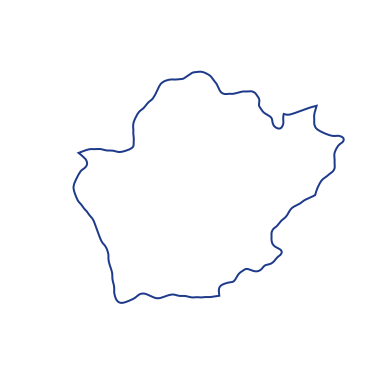 Guayabal, Azua, Dominican Republic, rotated 295°
{"feature_id": "3306468B24687357743066", "entity_name": "Guayabal", "entity_type": "district", "adm_level": 2, "iso_a3": "DOM", "parent_name": "Dominican Republic", "parent_adm1": "Azua", "projection": "mercator", "projection_center": [-70.748, 18.718], "detail": "fine", "context": "isolated", "style": "outline", "palette": "blue", "viewbox_px": 384, "rotation_deg": 295, "n_neighbors": 0, "source": "geoboundaries", "source_scale": "gbopen_adm2", "svg_char_len": 4112}
<svg xmlns="http://www.w3.org/2000/svg" viewBox="0 0 384 384"><g transform="rotate(295 192 192)"><path d="M322.8,268.5L320.0,265.1L317.6,262.4L307.2,252.0L304.2,248.7L303.1,247.3L302.3,245.7L301.9,244.4L301.5,242.2L299.7,242.6L298.0,243.2L293.5,245.5L291.8,246.0L290.1,246.1L288.5,245.9L287.7,245.6L286.9,245.0L286.4,244.3L286.0,243.5L285.8,241.8L286.0,240.1L286.2,239.3L287.0,237.7L288.7,235.9L291.8,233.7L292.3,233.2L292.7,232.6L293.1,231.8L293.5,230.2L294.1,224.8L294.5,223.1L295.2,221.5L297.7,217.3L298.7,216.2L299.4,215.8L303.6,214.3L304.9,213.3L305.8,212.1L307.8,208.7L308.5,207.1L308.6,206.3L308.6,204.5L308.2,202.8L306.2,199.1L304.7,195.8L303.6,194.3L299.9,189.8L298.2,187.5L296.7,184.2L295.1,181.4L294.5,179.8L294.4,178.9L294.4,177.1L295.0,175.4L296.0,173.9L299.6,169.6L300.7,168.0L302.3,164.8L304.3,161.1L304.7,160.3L305.2,158.5L305.4,156.6L305.5,153.8L305.4,151.9L305.0,150.0L304.7,149.1L304.0,147.6L301.0,142.7L299.8,141.6L292.2,137.0L290.9,136.1L290.0,134.8L287.5,130.5L286.7,129.0L285.3,125.7L283.7,123.3L281.8,121.1L280.4,119.9L278.7,118.8L276.9,118.0L274.0,117.6L264.9,117.5L261.0,117.1L260.0,116.9L258.3,116.3L255.3,114.8L253.6,114.2L249.2,113.1L247.5,112.6L243.7,110.7L242.0,110.1L239.3,109.6L234.5,109.4L230.7,109.6L228.0,110.3L226.4,111.0L223.5,112.6L220.2,114.1L215.8,116.7L209.9,119.2L208.4,119.5L207.5,119.3L206.0,118.6L203.9,117.0L201.3,114.4L199.4,112.2L197.8,109.8L197.4,109.0L196.9,107.2L196.2,103.6L195.7,101.9L193.9,98.0L193.4,96.4L192.5,91.9L192.0,90.2L189.7,85.6L188.2,82.3L187.2,80.7L185.3,78.4L179.5,72.7L178.7,76.0L177.4,80.0L176.8,81.7L176.3,82.4L175.2,83.7L173.9,84.7L173.1,85.0L172.2,85.2L171.3,85.3L169.6,85.0L168.1,84.4L165.2,82.8L164.4,82.5L162.6,82.1L159.8,81.8L154.9,81.6L150.1,81.7L147.4,82.2L145.6,82.9L143.3,84.5L141.2,86.4L138.6,89.1L136.7,91.3L135.6,92.8L134.8,94.5L133.8,96.9L131.3,101.4L130.0,104.7L127.5,109.2L126.1,112.4L125.1,114.0L124.0,115.4L122.1,117.4L113.4,126.1L110.2,129.5L109.1,130.9L108.1,132.4L107.0,134.9L106.2,136.4L105.2,137.8L104.1,139.2L102.1,141.0L100.1,142.6L98.5,143.4L96.1,144.5L93.8,146.0L91.6,147.8L86.7,152.4L84.5,154.1L79.8,156.5L78.3,157.5L74.2,160.8L72.8,161.7L71.2,162.5L68.7,163.6L66.5,165.0L64.5,166.7L63.3,167.9L62.2,169.3L61.5,170.8L61.3,171.7L61.2,172.6L61.3,173.5L61.5,174.5L62.3,176.1L64.1,178.3L66.8,180.9L69.7,183.4L72.0,185.1L75.2,186.6L76.7,187.4L77.9,188.5L79.0,189.9L79.7,191.5L80.1,193.3L80.2,195.2L80.3,201.8L80.5,203.7L81.0,205.5L81.9,207.1L83.0,208.6L88.3,214.1L89.5,215.6L90.6,217.1L91.0,217.9L91.6,219.7L92.2,223.2L92.7,225.0L94.5,228.8L95.1,230.5L96.0,234.9L96.5,236.7L96.9,237.5L98.9,241.2L100.2,244.6L102.7,249.0L103.8,251.5L104.6,253.1L109.5,260.6L113.7,258.1L115.3,257.5L117.0,257.2L118.8,257.5L120.5,258.4L122.6,260.2L125.1,263.0L127.4,266.4L127.9,267.0L128.6,267.4L129.3,267.8L131.0,268.2L136.3,268.7L138.1,269.2L139.6,269.8L143.1,271.9L144.4,272.8L145.0,273.4L145.4,274.1L145.9,275.7L146.4,280.9L146.8,282.7L147.5,284.3L148.0,285.0L149.1,286.2L150.5,287.1L151.3,287.5L155.2,288.6L156.6,289.4L157.1,289.9L159.5,292.9L160.7,294.0L162.2,294.9L163.9,295.6L167.3,296.5L169.0,297.0L172.4,298.7L173.9,299.0L174.7,298.9L175.5,298.7L176.1,298.3L176.6,297.6L177.0,297.0L177.3,295.4L177.5,291.2L177.8,289.5L178.5,287.8L178.9,287.1L180.1,285.8L181.4,284.8L182.2,284.3L188.2,281.5L189.9,281.1L191.7,281.1L193.4,281.5L196.3,283.0L197.9,283.6L202.3,284.7L204.0,285.2L208.7,287.4L211.3,288.0L216.0,288.4L217.8,288.7L219.6,289.3L220.4,289.7L222.0,290.7L227.3,294.8L231.3,296.9L232.9,298.0L238.8,303.0L241.2,304.9L246.2,304.2L249.3,304.0L253.5,304.1L256.5,304.4L257.5,304.7L259.3,305.3L263.0,307.4L266.2,308.9L269.8,310.8L271.5,311.2L272.4,311.3L274.1,311.1L275.6,310.5L278.5,309.0L281.7,307.5L284.7,305.8L286.3,305.1L287.2,304.8L289.3,304.5L292.3,304.5L295.4,304.9L297.2,305.4L299.9,306.9L301.2,307.5L302.7,307.6L303.5,307.4L304.2,307.0L304.8,306.3L305.1,305.6L305.3,304.8L305.3,303.2L304.8,300.8L302.8,297.1L302.2,295.4L301.6,292.5L301.2,287.4L301.3,282.4L301.6,279.5L302.2,277.6L303.1,276.1L305.0,274.3L306.4,273.5L308.8,272.4L312.6,270.5L315.2,269.7L322.8,268.5Z" fill="none" stroke="#1e3a8a" stroke-width="2"/></g></svg>